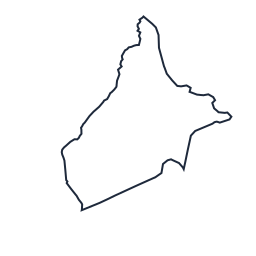 outline of Gbehlay-Geh, Nimba, Liberia, rotated 225°
{"feature_id": "62588387B4114270001160", "entity_name": "Gbehlay-Geh", "entity_type": "district", "adm_level": 2, "iso_a3": "LBR", "parent_name": "Liberia", "parent_adm1": "Nimba", "projection": "robinson", "projection_center": [-8.457, 7.361], "detail": "fine", "context": "isolated", "style": "outline", "palette": "slate", "viewbox_px": 256, "rotation_deg": 225, "n_neighbors": 0, "source": "geoboundaries", "source_scale": "gbopen_adm2", "svg_char_len": 2035}
<svg xmlns="http://www.w3.org/2000/svg" viewBox="0 0 256 256"><g transform="rotate(225 128 128)"><path d="M62.9,209.1L68.7,209.2L70.3,207.1L75.2,203.1L76.1,203.2L81.0,202.8L86.1,205.3L86.1,209.2L89.6,210.1L92.1,209.4L94.3,208.8L95.0,208.6L97.9,204.4L98.5,204.0L99.6,203.0L101.5,201.5L102.8,200.4L106.8,198.6L108.1,198.0L108.6,197.8L110.0,197.1L111.3,199.3L112.1,200.7L115.3,199.9L116.7,199.5L119.9,195.0L122.9,192.6L130.4,192.9L139.0,193.8L140.0,194.3L144.7,196.5L146.2,197.1L150.6,199.6L153.2,201.1L162.8,206.6L165.9,209.5L172.2,215.4L172.7,215.6L179.4,218.8L184.5,218.8L195.9,217.8L195.8,216.2L196.0,215.2L196.5,212.7L194.7,212.2L194.3,210.7L194.5,208.2L193.2,206.7L190.4,205.8L190.0,203.5L186.9,204.3L185.4,200.9L183.0,200.0L182.3,199.8L180.8,197.4L179.0,194.4L179.2,194.2L180.1,193.2L180.7,192.6L181.1,191.9L181.6,191.1L182.1,190.1L182.9,187.9L184.5,185.5L184.3,183.2L185.0,180.8L184.0,177.1L183.3,174.6L181.6,173.3L180.3,172.8L180.2,171.7L180.1,170.4L178.4,167.6L176.0,167.0L176.3,162.2L172.1,160.0L170.8,157.3L169.2,153.7L167.4,151.5L166.3,150.1L166.0,149.9L165.3,148.8L164.9,145.4L164.9,141.7L165.2,140.1L164.2,137.3L164.1,137.1L163.2,133.7L164.3,130.5L164.0,129.3L163.9,128.9L163.4,122.7L163.7,117.8L163.9,115.3L163.7,109.3L162.4,101.2L162.4,99.0L162.3,98.8L161.6,96.5L161.4,95.0L159.6,93.7L158.0,92.1L156.8,91.0L156.5,88.3L155.8,86.3L155.8,84.1L157.9,82.2L159.0,77.4L159.3,71.3L159.5,69.1L159.2,66.2L157.8,64.1L155.7,62.7L152.6,61.4L149.9,60.0L142.4,53.8L134.9,47.5L133.0,47.3L132.4,45.7L125.3,44.7L122.7,44.4L117.5,43.8L116.7,43.8L112.0,42.5L108.1,42.1L106.4,41.6L103.0,37.8L102.6,37.2L95.1,55.0L92.2,63.0L89.4,71.1L81.7,91.9L80.8,94.3L76.2,106.4L73.8,112.7L73.2,116.1L72.5,119.8L77.8,127.3L77.2,133.0L77.1,133.3L75.4,136.3L74.7,136.5L73.0,137.1L67.1,139.3L61.3,138.9L59.5,138.3L62.6,143.1L62.9,143.6L70.2,154.7L78.1,167.0L78.2,168.2L78.2,168.9L78.4,173.4L75.1,181.5L71.3,190.8L71.0,192.9L71.0,193.2L70.3,194.4L69.7,195.3L68.0,196.2L66.9,196.7L62.3,205.8L62.9,209.1Z" fill="none" stroke="#1e293b" stroke-width="2"/></g></svg>